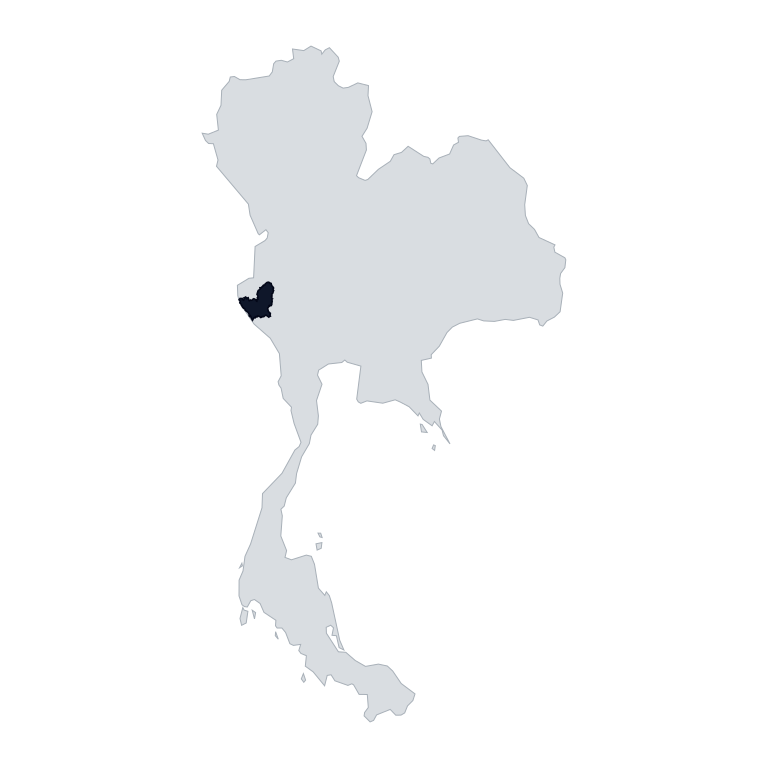 location of Thong Pha Phum, Kanchanaburi, Thailand
{"feature_id": "78962969B24065395096407", "entity_name": "Thong Pha Phum", "entity_type": "district", "adm_level": 2, "iso_a3": "THA", "parent_name": "Thailand", "parent_adm1": "Kanchanaburi", "projection": "orthographic", "projection_center": [98.674, 14.859], "detail": "fine", "context": "in_parent", "style": "filled", "palette": "ink", "viewbox_px": 768, "rotation_deg": 0, "n_neighbors": 0, "source": "geoboundaries", "source_scale": "gbopen_adm2", "svg_char_len": 8980}
<svg xmlns="http://www.w3.org/2000/svg" viewBox="0 0 768 768"><path d="M321.1,50.9L321.8,54.2L325.2,49.9L329.4,47.7L338.2,57.2L339.3,61.2L333.2,76.5L334.2,81.6L338.3,85.7L343.1,88.1L348.3,87.4L357.8,82.9L368.5,85.6L368.0,95.7L372.1,111.7L367.1,128.2L362.0,136.3L366.0,143.4L366.4,150.0L356.5,175.7L358.6,177.7L365.1,180.4L367.8,179.5L378.4,169.3L390.3,161.3L394.0,154.7L401.5,152.4L408.1,146.3L423.8,156.4L427.9,157.3L429.9,159.0L430.8,163.3L432.8,163.9L439.0,158.0L449.6,154.0L453.6,145.0L458.5,142.3L457.9,138.0L459.4,136.4L468.1,135.7L481.4,140.1L486.1,140.9L488.2,139.8L509.9,167.7L523.8,178.2L527.3,185.5L524.7,204.7L525.4,215.5L528.6,223.7L534.5,229.4L539.0,237.5L555.0,244.9L553.8,247.1L554.9,252.2L564.9,257.8L565.8,259.8L564.9,267.6L560.6,273.5L559.8,278.3L560.0,284.3L562.7,293.1L560.1,311.7L554.4,317.1L546.9,321.0L542.8,326.1L539.7,324.9L538.0,319.9L529.5,317.3L513.4,320.4L505.2,319.4L494.4,321.4L483.7,320.9L477.4,318.9L459.7,323.3L452.3,327.1L447.0,332.5L439.3,346.2L431.2,354.7L431.4,358.1L421.3,360.4L421.9,371.9L428.0,384.4L429.9,400.1L441.5,411.1L439.4,419.0L440.9,426.5L450.0,443.9L443.5,435.7L442.1,430.1L434.4,421.5L432.1,425.8L423.2,419.4L419.3,413.0L418.0,415.9L409.2,406.8L400.2,402.0L395.2,399.8L382.8,403.2L366.9,400.9L360.8,403.3L358.3,401.9L356.7,399.1L360.9,366.1L347.2,362.2L344.8,360.0L341.8,362.5L328.4,364.0L318.7,370.1L317.5,375.1L322.0,384.2L316.5,400.5L318.4,415.9L317.7,424.3L311.0,435.1L309.3,443.7L301.6,456.8L296.6,473.5L295.4,483.1L286.3,497.8L284.2,506.1L280.9,509.2L282.3,515.8L280.8,536.0L286.6,550.6L285.0,557.4L291.4,559.8L306.3,555.1L311.3,556.3L314.5,564.3L318.4,588.1L324.8,595.4L326.3,591.8L329.3,595.6L331.6,602.7L339.7,640.2L343.9,650.0L339.1,647.6L336.4,635.7L332.0,635.3L333.5,627.8L330.7,625.2L326.2,627.3L326.4,633.2L338.4,651.8L345.8,652.3L355.2,660.5L365.5,666.4L378.4,664.1L387.3,666.0L392.7,671.0L401.2,683.5L415.0,693.9L412.9,700.5L407.5,705.9L404.7,712.9L401.0,715.1L395.8,715.2L390.2,709.4L376.6,714.9L373.6,720.4L370.1,721.9L364.1,715.9L364.6,712.5L368.3,707.5L367.3,694.5L359.1,694.4L353.6,684.8L351.8,683.8L347.9,685.4L334.9,680.8L331.1,674.8L327.2,675.4L324.6,685.8L313.2,671.9L305.3,666.2L306.4,655.7L301.0,653.5L298.8,650.6L300.7,644.4L293.4,645.4L289.9,643.7L285.6,632.5L281.9,628.0L277.1,628.0L275.5,625.8L275.9,620.3L264.0,612.4L260.1,603.5L254.4,599.5L250.8,600.7L247.3,607.0L244.5,606.6L242.0,604.8L239.0,595.9L239.1,580.1L243.0,571.0L245.0,556.3L250.6,543.9L262.0,507.8L262.5,493.6L282.0,473.3L294.9,450.0L299.1,446.6L301.0,442.3L294.1,423.5L291.0,410.6L291.5,407.2L283.2,398.4L281.1,388.2L278.9,385.0L278.1,381.7L281.2,375.8L279.4,353.6L270.3,338.3L254.1,324.1L239.8,303.2L237.8,295.8L237.4,285.3L248.9,278.3L253.6,277.8L255.1,246.5L265.1,240.5L267.2,238.0L268.2,232.7L265.9,229.7L259.4,234.8L258.2,233.7L250.1,215.2L248.4,204.1L216.5,166.3L218.0,160.0L213.4,143.7L208.6,143.5L205.5,140.5L202.2,133.2L208.3,134.2L218.4,130.1L216.7,114.4L221.0,105.3L221.7,90.2L229.2,81.4L230.3,77.0L234.4,76.5L240.0,79.7L245.7,79.8L269.2,76.0L272.3,71.9L273.7,63.7L276.0,61.1L281.3,60.3L287.4,62.0L293.7,58.7L292.5,49.0L303.8,50.6L311.0,46.1L321.1,50.9ZM247.9,611.3L246.2,623.0L241.6,625.3L240.0,618.5L242.8,607.6L244.1,610.1L247.9,611.3ZM321.9,542.6L321.2,548.3L317.1,550.1L316.0,543.8L321.9,542.6ZM422.1,424.5L427.2,432.5L421.5,431.9L420.3,424.1L422.1,424.5ZM303.8,682.3L301.3,678.9L303.4,673.6L305.6,680.1L303.8,682.3ZM255.6,612.6L254.5,618.9L252.2,610.2L255.6,612.6ZM322.1,537.5L319.9,536.9L318.0,533.1L320.7,533.2L322.1,537.5ZM275.6,631.7L278.3,639.2L275.3,635.7L275.6,631.7ZM435.3,445.6L434.6,450.4L432.1,448.5L433.6,444.9L435.3,445.6ZM242.4,565.9L239.6,567.7L241.9,563.2L242.4,565.9Z" fill="#d9dde1" stroke="#a8b0b8" stroke-width="1"/><path d="M272.7,286.6L271.9,285.9L271.9,285.6L271.6,285.3L271.5,284.5L271.2,283.7L271.2,283.4L270.6,283.1L269.8,283.4L269.4,282.9L269.4,282.5L269.2,282.4L268.8,282.4L268.7,282.2L268.1,282.1L267.4,282.6L267.1,282.4L266.7,282.6L266.4,283.0L266.2,283.1L265.9,283.3L265.1,284.0L265.1,284.4L265.1,284.7L264.8,284.7L264.6,285.0L264.3,285.0L264.0,285.2L263.5,285.1L263.4,285.3L263.5,285.6L263.3,285.7L263.1,285.7L263.2,286.1L262.9,286.1L262.7,286.4L262.3,286.6L262.1,286.6L261.7,287.2L261.4,287.4L261.4,287.7L261.4,287.9L261.2,287.9L260.9,287.8L260.5,287.7L260.3,288.0L260.0,287.7L259.9,287.7L260.1,288.5L260.1,288.9L260.0,289.1L260.0,289.3L259.6,289.5L259.4,289.5L259.0,290.0L258.3,290.4L258.2,290.8L257.9,291.0L257.7,291.5L257.9,291.9L257.9,292.3L257.6,292.5L257.6,293.3L257.4,293.5L257.2,293.5L257.3,293.9L257.2,294.0L257.1,294.4L257.0,294.6L257.3,294.8L257.4,295.1L257.8,295.6L257.8,296.0L258.0,296.3L258.2,296.6L258.1,297.0L257.7,297.0L257.3,297.7L257.6,297.9L257.8,298.6L258.1,298.8L258.1,299.3L257.6,299.4L257.5,299.5L257.1,299.5L257.0,300.0L256.9,300.5L256.9,300.9L256.7,301.1L256.8,301.4L256.7,301.4L256.5,301.2L256.2,300.7L256.2,300.4L255.8,299.4L255.6,299.4L255.2,299.7L254.8,299.4L254.4,298.9L253.9,298.7L253.5,299.0L253.2,298.9L253.0,299.3L252.9,299.5L252.3,299.9L251.7,300.3L251.2,300.4L250.9,300.3L250.7,300.0L250.3,300.4L250.0,300.5L249.8,300.4L249.5,300.8L249.1,300.8L248.9,300.5L249.0,300.2L248.7,299.7L248.8,299.5L248.7,299.1L248.5,298.7L248.4,298.3L248.3,298.2L248.2,298.1L248.2,297.8L247.8,298.0L247.7,298.1L247.2,297.8L247.0,298.0L247.1,298.7L247.0,298.8L246.9,298.5L246.6,298.3L246.4,297.7L246.1,297.6L246.0,297.8L245.7,297.8L245.6,297.0L244.7,297.5L244.5,297.8L244.4,297.8L244.5,297.9L244.4,298.0L244.4,298.3L244.5,298.5L244.3,299.0L244.0,299.1L243.9,299.1L243.9,299.3L244.1,299.3L244.1,299.5L243.9,299.4L243.9,299.6L243.8,299.4L243.6,299.4L243.4,299.9L243.2,299.6L242.5,299.7L242.6,299.3L242.7,299.1L242.5,298.8L242.5,298.7L242.2,298.6L242.1,298.4L241.6,298.4L241.2,298.5L240.5,298.4L240.3,298.6L239.9,298.5L239.5,299.3L239.2,299.4L239.0,299.7L239.2,300.0L239.6,300.4L239.7,300.6L240.2,301.0L240.3,301.1L240.3,301.9L240.1,302.0L239.8,302.5L240.0,302.7L240.1,303.3L240.4,303.4L240.9,303.9L241.1,304.0L241.4,305.2L241.9,305.3L242.0,306.2L242.2,306.3L242.3,306.6L242.4,307.0L242.8,307.2L242.9,307.5L243.1,307.7L243.2,308.0L243.5,308.2L243.7,307.9L243.8,308.0L243.9,308.3L244.1,308.5L244.3,308.5L244.9,309.0L245.1,310.0L245.4,310.1L245.6,310.4L245.6,310.6L246.5,311.3L246.8,311.4L246.9,311.5L247.3,311.7L247.4,312.0L247.7,312.1L247.9,312.3L248.1,312.5L248.3,312.8L248.5,313.4L248.9,313.9L249.1,313.9L249.2,314.1L249.2,314.9L249.0,315.1L249.2,315.4L249.3,316.2L249.4,316.3L249.8,316.0L250.3,316.1L250.5,315.8L251.0,317.0L250.9,317.1L251.2,317.2L251.2,317.3L251.2,317.8L251.5,318.1L251.4,318.3L251.5,318.7L251.6,318.8L251.8,318.9L251.8,319.0L252.1,319.7L252.4,320.0L252.5,320.3L252.9,319.8L252.9,319.5L253.1,319.3L253.2,318.8L253.4,318.6L253.5,318.4L253.7,318.1L253.9,317.9L253.9,317.7L254.1,317.7L254.3,317.6L254.5,317.7L254.5,317.9L254.9,317.9L255.0,317.7L254.9,317.5L255.0,317.4L255.2,317.5L255.2,317.4L255.5,317.3L255.5,317.2L255.5,316.9L255.7,317.0L255.9,317.0L255.8,316.9L255.9,316.7L256.0,316.7L256.4,316.6L256.5,316.3L256.5,316.5L256.9,316.4L256.9,316.6L257.0,316.6L256.9,316.8L257.2,316.8L257.3,316.5L257.6,316.5L257.8,316.3L257.7,316.2L257.4,316.1L257.4,315.9L257.9,315.7L258.0,315.7L258.5,316.1L258.8,316.1L259.0,316.2L259.2,316.6L260.3,316.8L260.5,317.0L260.6,317.4L260.6,317.5L260.8,317.6L261.4,317.3L261.6,316.7L262.1,316.7L262.1,316.9L262.3,316.8L262.8,316.9L262.9,316.6L263.0,316.4L263.4,316.3L263.8,316.6L264.0,316.6L264.5,316.0L265.0,315.8L265.4,315.3L265.9,315.0L266.7,315.5L267.1,315.9L267.2,316.1L267.4,316.1L267.5,316.2L267.6,316.3L268.0,316.6L268.5,316.9L268.5,317.0L268.8,317.2L269.1,316.8L269.4,316.7L269.5,316.5L269.8,316.3L270.0,316.4L270.5,316.2L270.3,315.7L270.1,315.5L270.1,315.3L269.7,315.0L269.9,314.7L270.3,314.4L270.3,314.2L270.3,313.8L270.1,313.7L270.3,313.4L270.4,313.2L270.2,313.0L269.9,313.0L269.5,312.9L269.0,312.3L269.1,312.1L268.5,311.7L268.4,311.4L268.2,311.3L268.2,311.1L268.2,310.5L268.0,310.4L268.1,310.1L267.9,309.8L267.9,309.5L267.9,309.3L267.8,309.2L267.7,308.7L267.8,308.3L267.8,307.7L268.2,307.5L268.3,307.2L268.6,307.0L268.6,306.7L268.9,306.3L269.2,306.3L269.2,306.1L268.9,305.6L269.0,305.5L269.3,305.3L269.6,305.3L269.8,305.6L270.2,305.8L270.5,305.8L271.1,305.7L271.3,305.5L271.3,305.2L271.6,304.9L271.5,304.6L271.7,304.4L271.5,304.2L271.4,303.8L271.8,303.6L271.7,303.3L271.8,303.1L271.9,302.7L271.7,302.6L271.8,302.4L272.0,302.4L272.1,302.1L272.1,301.9L272.0,301.6L272.2,301.4L272.1,301.2L271.9,300.9L271.9,300.6L272.0,300.5L271.9,300.4L271.9,299.9L272.0,299.8L272.0,299.3L272.1,299.2L271.9,299.2L271.9,298.9L272.1,298.5L272.1,298.2L271.7,297.9L271.8,297.7L271.7,297.2L271.8,297.0L271.6,296.9L271.7,296.7L271.7,296.3L271.5,296.2L271.7,295.9L272.0,295.8L272.0,295.6L271.7,295.3L271.9,295.0L271.8,294.6L272.2,293.9L272.0,293.7L272.5,293.5L272.8,293.2L273.2,291.9L273.2,291.4L273.7,290.7L273.7,290.4L273.5,290.2L273.1,289.9L273.2,289.2L273.2,288.7L273.3,288.6L273.2,288.5L273.5,288.1L273.3,287.8L273.2,287.4L273.3,287.3L273.2,287.2L272.9,287.1L272.7,286.6Z" fill="#0f172a" stroke="#020617" stroke-width="1.5"/></svg>